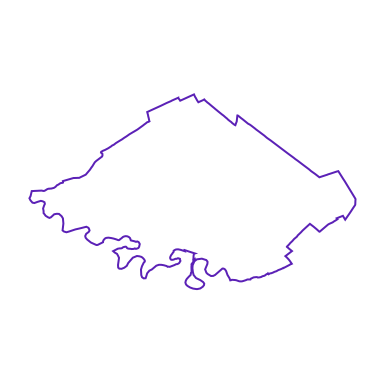 outline of Halaucesti, Iasi, Romania, rotated 176°
{"feature_id": "2599482B62160059118691", "entity_name": "Halaucesti", "entity_type": "district", "adm_level": 2, "iso_a3": "ROU", "parent_name": "Romania", "parent_adm1": "Iasi", "projection": "robinson", "projection_center": [26.82, 47.1], "detail": "fine", "context": "isolated", "style": "outline", "palette": "violet", "viewbox_px": 384, "rotation_deg": 176, "n_neighbors": 0, "source": "geoboundaries", "source_scale": "gbopen_adm2", "svg_char_len": 6018}
<svg xmlns="http://www.w3.org/2000/svg" viewBox="0 0 384 384"><g transform="rotate(176 192 192)"><path d="M183.2,289.2L197.4,283.9L197.8,284.7L198.9,286.3L199.1,286.6L199.1,287.0L205.7,284.6L206.7,284.1L211.0,282.6L217.0,280.2L225.3,277.1L231.1,274.9L230.5,271.8L230.4,270.7L230.2,269.6L230.0,268.6L229.7,266.1L229.5,265.5L230.3,265.1L231.9,264.7L233.3,263.7L234.9,262.7L236.2,261.8L242.1,258.1L250.3,254.0L253.4,252.1L256.0,250.7L258.1,249.4L260.5,248.2L264.5,246.1L266.7,244.6L268.5,243.9L269.4,243.2L272.7,241.4L275.9,240.0L277.8,239.4L279.7,238.5L279.9,238.2L279.9,237.8L280.0,237.6L278.9,236.6L278.7,236.3L278.8,234.5L279.0,234.1L279.2,233.9L279.3,233.6L285.3,229.7L286.9,228.4L289.9,224.2L290.2,224.0L292.3,221.3L296.8,216.7L302.3,214.5L303.4,214.0L309.3,214.2L320.0,211.9L319.9,211.4L320.0,210.4L320.5,210.2L322.0,210.1L323.0,209.8L324.0,209.2L324.7,208.7L325.7,208.4L326.0,208.3L327.9,206.6L329.0,206.0L329.6,205.7L332.5,205.2L333.4,205.3L333.7,205.3L333.9,205.2L335.0,205.3L336.5,204.8L338.3,203.8L339.4,203.4L340.2,203.4L341.9,203.9L351.8,204.1L353.3,199.2L354.6,197.1L353.7,194.9L351.9,192.5L350.0,192.0L346.9,192.9L343.4,193.7L341.5,193.1L339.9,192.1L339.6,190.4L340.5,188.8L341.7,185.9L341.4,183.6L341.5,181.2L340.8,180.3L339.7,178.5L337.4,176.8L336.0,176.1L334.5,176.6L331.0,179.4L328.3,179.7L326.2,179.4L323.8,177.0L322.6,174.7L322.5,169.5L323.8,162.7L322.5,161.5L320.1,160.6L317.6,161.1L311.0,162.8L305.9,163.6L299.8,164.7L297.8,163.5L297.2,162.1L296.9,160.7L297.8,159.4L300.5,157.6L301.6,155.5L301.3,153.8L299.9,151.9L296.3,148.6L291.1,145.8L289.8,145.8L284.3,148.1L284.3,148.4L283.9,149.6L283.4,150.4L282.0,151.7L281.1,152.1L280.5,152.2L278.6,152.3L275.8,151.7L273.4,151.0L270.8,150.0L269.3,149.3L268.7,149.1L268.3,149.1L267.7,149.3L266.6,150.2L265.8,150.6L264.1,151.9L263.1,152.3L261.5,152.6L260.9,152.5L260.0,152.4L259.0,152.0L257.9,151.3L257.0,150.3L256.4,148.0L256.2,147.9L252.9,146.9L252.3,146.6L252.1,146.6L251.9,146.4L251.6,146.3L251.2,146.2L250.2,146.5L248.9,145.9L248.7,145.7L247.8,144.0L247.8,143.4L248.3,142.0L248.5,141.1L249.0,140.4L249.4,139.9L250.1,139.6L251.3,139.3L251.6,139.2L252.5,139.3L252.7,139.6L252.9,139.7L254.3,139.3L255.4,139.3L255.7,139.3L256.3,139.3L257.2,139.6L259.2,139.9L260.1,140.2L260.6,140.5L261.1,141.4L261.7,142.0L262.4,142.1L264.3,141.8L264.9,141.5L265.6,141.0L266.1,140.8L267.0,140.7L268.0,140.8L270.0,140.6L274.8,138.5L273.2,136.9L271.1,135.5L270.1,133.3L269.4,131.4L270.9,124.3L270.9,121.7L269.9,120.6L267.6,120.3L264.8,121.2L262.2,122.9L260.6,125.6L255.6,130.6L251.4,132.0L248.9,131.5L247.0,130.8L246.0,130.0L245.2,129.1L244.3,127.9L243.8,126.5L244.1,125.7L245.0,125.0L247.1,121.4L248.3,118.2L248.4,112.6L247.8,110.5L246.2,109.2L244.3,109.2L243.5,111.1L242.4,114.0L240.0,116.5L237.5,117.5L232.7,121.0L230.0,121.7L227.7,121.5L225.2,120.9L222.4,119.9L221.6,119.1L220.8,119.2L219.4,118.9L214.7,120.3L213.1,121.0L212.4,121.1L211.6,121.1L211.1,121.3L209.9,121.9L209.2,122.7L208.8,123.5L208.4,123.9L208.4,124.1L208.4,124.6L208.9,125.8L208.8,126.2L209.7,126.5L209.8,126.7L210.6,126.9L211.1,126.8L211.5,126.6L212.1,126.4L212.8,126.5L213.2,126.5L214.9,125.9L216.1,125.7L217.2,125.8L217.9,126.2L218.4,127.5L218.4,127.8L218.3,128.4L218.1,128.9L217.4,130.2L216.7,131.1L215.9,131.9L215.4,132.7L214.7,133.3L214.5,133.7L214.4,134.7L213.1,135.4L211.9,135.8L209.9,135.8L207.4,135.1L203.7,133.6L204.0,134.2L203.7,134.7L198.4,132.5L193.4,130.5L194.2,130.3L194.4,130.1L194.9,128.1L195.1,126.4L195.1,126.1L195.2,125.6L195.3,125.2L195.4,124.8L193.9,125.2L193.9,124.6L196.7,120.9L197.4,120.2L197.5,119.9L197.6,119.5L197.5,118.7L197.7,118.0L197.8,116.7L198.0,112.1L198.6,111.5L199.2,109.3L201.0,107.8L203.3,105.6L204.3,104.1L204.9,102.2L204.6,100.7L204.0,99.6L202.9,98.5L200.6,96.9L197.7,95.6L194.6,94.9L193.3,94.8L190.5,95.2L187.8,96.8L186.5,98.3L186.2,99.8L187.1,101.3L189.8,103.5L194.0,105.9L196.2,109.1L196.7,112.1L196.9,115.9L196.5,118.8L194.5,122.7L191.8,124.5L186.8,124.8L182.5,123.1L181.4,121.5L181.4,120.8L181.7,119.1L184.3,113.9L183.3,110.5L182.1,109.1L178.9,106.9L176.8,106.8L174.8,107.6L167.0,113.5L165.8,113.4L164.5,112.5L163.5,110.8L162.4,106.8L160.6,103.3L160.0,101.2L159.1,101.3L158.4,101.6L158.1,101.6L155.3,101.2L154.0,100.9L151.5,99.8L150.9,99.6L149.4,99.4L148.3,99.4L146.8,99.7L144.4,100.3L143.4,100.7L142.6,100.9L139.8,100.7L139.4,101.4L138.3,101.8L136.6,102.5L134.9,102.6L133.2,102.6L132.8,102.4L132.3,102.1L131.1,102.1L130.0,102.2L128.6,102.5L128.2,102.8L127.0,103.2L126.2,103.2L125.5,103.6L124.7,103.8L123.9,104.5L123.2,104.9L122.4,104.9L121.9,105.5L121.3,104.6L119.7,105.4L118.7,105.4L116.1,106.2L115.7,106.5L113.3,107.1L111.3,108.1L109.1,108.7L107.0,109.5L106.3,109.9L106.1,109.7L105.0,110.2L104.3,110.5L99.5,112.6L98.9,113.0L98.0,113.2L97.9,113.4L97.5,113.5L99.2,116.4L100.2,117.9L101.9,120.0L103.3,121.5L96.4,126.1L99.6,129.1L100.2,129.8L101.2,130.7L101.2,130.8L98.7,133.0L97.7,134.1L95.4,136.0L93.4,138.0L90.5,140.1L90.2,140.4L89.7,141.2L86.2,144.1L84.3,145.9L76.6,152.0L73.1,148.9L70.4,146.3L67.7,143.5L67.4,143.5L58.6,150.0L57.4,150.6L53.8,151.9L52.2,152.9L50.9,153.5L48.8,154.7L49.5,155.7L43.1,157.7L42.3,156.0L41.1,153.7L35.8,160.3L32.0,165.3L30.5,167.2L30.2,167.6L30.0,168.2L29.6,171.9L29.4,173.2L29.4,173.5L29.5,173.9L31.2,177.2L39.0,192.3L40.2,194.4L44.6,202.6L46.2,202.3L52.9,200.6L55.1,200.1L55.5,199.9L62.3,198.2L63.9,197.8L67.9,201.4L71.7,204.5L72.7,205.5L73.7,206.5L79.6,211.6L84.5,215.9L86.6,217.6L88.1,219.0L92.8,223.0L94.2,224.2L109.9,237.9L113.0,240.4L113.9,241.2L115.9,243.2L123.8,250.0L124.7,250.9L128.4,254.2L129.9,255.4L131.0,256.0L131.8,256.7L136.6,261.2L137.7,262.1L140.0,264.3L141.1,265.2L141.4,265.2L142.5,259.1L143.0,258.2L144.1,255.6L144.7,255.9L146.2,257.2L147.0,257.9L148.0,259.1L148.8,259.7L150.8,261.5L152.2,263.1L152.8,263.6L155.3,266.1L156.5,267.1L160.7,271.0L161.6,271.9L162.6,272.8L164.1,274.3L165.7,275.8L169.4,279.4L170.4,280.2L171.5,281.4L172.3,282.1L173.3,283.5L174.7,282.8L176.4,282.2L179.4,281.1L180.6,283.2L181.8,285.9L182.1,286.3L182.6,287.5L183.2,289.2Z" fill="none" stroke="#5b21b6" stroke-width="2"/></g></svg>